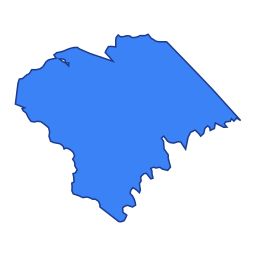 the district of Jacuizinho, Rio Grande do Sul, Brazil
{"feature_id": "56859067B82489470998478", "entity_name": "Jacuizinho", "entity_type": "district", "adm_level": 2, "iso_a3": "BRA", "parent_name": "Brazil", "parent_adm1": "Rio Grande do Sul", "projection": "robinson", "projection_center": [-53.024, -29.051], "detail": "fine", "context": "isolated", "style": "filled", "palette": "blue", "viewbox_px": 256, "rotation_deg": 0, "n_neighbors": 0, "source": "geoboundaries", "source_scale": "gbopen_adm2", "svg_char_len": 2209}
<svg xmlns="http://www.w3.org/2000/svg" viewBox="0 0 256 256"><path d="M132.6,207.0L135.6,205.1L135.2,202.4L134.1,199.0L132.3,195.7L130.1,193.4L130.8,190.3L133.0,187.6L136.6,190.0L139.4,192.7L140.4,189.9L139.8,186.9L139.5,183.5L141.1,181.0L140.7,176.8L143.7,173.8L146.3,173.3L150.8,178.9L153.0,178.2L152.1,174.4L151.8,170.6L150.7,168.4L153.6,167.2L155.9,168.0L159.9,167.3L162.4,169.1L167.7,170.4L170.5,167.1L168.2,158.2L168.2,154.8L164.1,149.0L163.5,141.2L161.4,138.1L163.7,136.1L167.5,141.1L169.8,142.5L173.7,143.1L178.2,141.7L180.7,142.0L185.6,149.3L188.1,137.2L190.5,132.4L195.1,130.1L198.6,133.4L200.7,136.2L203.7,133.4L204.9,128.4L207.6,125.9L209.7,127.5L210.2,130.5L214.4,128.5L215.3,123.0L223.8,127.3L226.9,127.1L224.3,124.0L225.6,121.9L230.3,121.3L231.5,118.7L233.9,121.1L236.7,118.1L240.6,120.5L212.5,89.4L193.6,69.6L166.6,41.8L158.3,41.7L155.4,41.0L153.5,39.5L151.4,38.5L148.1,34.3L145.1,35.6L140.1,35.6L137.7,36.8L134.6,37.5L131.7,37.5L129.9,36.0L126.8,35.7L123.6,36.6L120.6,36.8L118.2,35.0L116.2,37.4L115.7,40.4L115.8,43.3L115.7,46.9L111.5,46.4L108.4,46.6L106.4,49.9L105.2,52.5L107.6,55.1L110.3,58.1L113.0,61.3L90.2,53.6L82.3,50.2L79.4,48.9L77.5,47.4L73.8,47.5L69.5,48.6L66.0,50.0L63.2,51.2L59.5,52.2L56.8,52.6L53.9,55.0L56.2,58.2L51.1,59.2L48.5,59.9L46.2,61.6L42.9,66.7L40.1,68.8L36.1,69.7L31.7,69.7L29.3,73.7L26.8,74.8L22.4,78.6L19.3,79.1L18.0,83.1L15.4,104.1L24.6,107.8L22.1,108.6L23.3,110.9L26.0,112.8L28.0,116.8L29.5,119.4L31.1,121.4L34.3,122.0L37.4,121.3L40.9,121.7L43.7,123.7L46.4,125.8L48.7,127.9L49.6,132.1L49.0,136.3L50.6,141.2L53.5,142.5L56.2,143.0L60.0,143.8L63.0,145.9L64.1,149.0L66.3,148.0L68.8,148.9L71.1,150.3L73.3,152.5L74.6,156.0L72.7,159.2L74.7,162.4L74.9,166.0L77.2,169.7L75.4,172.9L73.0,173.6L73.8,177.6L74.0,182.0L71.8,183.1L72.1,187.1L71.9,190.8L73.3,193.9L76.2,194.8L79.2,195.9L82.9,197.6L87.2,197.0L90.3,198.0L92.8,199.3L95.2,199.1L98.4,201.2L99.8,204.1L100.0,207.0L118.8,221.6L121.2,221.7L123.9,220.8L125.3,218.7L126.8,215.2L125.0,213.7L123.0,212.6L122.6,207.9L124.8,206.2L127.6,205.3L130.3,206.3L132.6,207.0ZM65.4,62.8L63.1,61.8L59.4,59.0L62.6,58.9L65.2,60.0L65.4,62.8ZM65.4,62.8L68.8,62.9L68.6,66.0L65.4,62.8Z" fill="#3b82f6" stroke="#1e3a8a" stroke-width="1.5"/></svg>